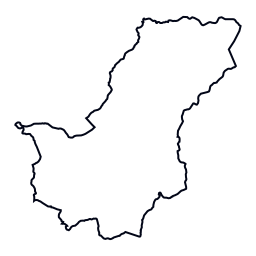 the district of Huitzilan de Serdán, Puebla, Mexico
{"feature_id": "50627088B1220406486190", "entity_name": "Huitzilan de Serdán", "entity_type": "district", "adm_level": 2, "iso_a3": "MEX", "parent_name": "Mexico", "parent_adm1": "Puebla", "projection": "albers", "projection_center": [-97.714, 19.944], "detail": "fine", "context": "isolated", "style": "outline", "palette": "ink", "viewbox_px": 256, "rotation_deg": 0, "n_neighbors": 0, "source": "geoboundaries", "source_scale": "gbopen_adm2", "svg_char_len": 5763}
<svg xmlns="http://www.w3.org/2000/svg" viewBox="0 0 256 256"><path d="M61.9,223.7L62.4,223.8L63.7,223.7L64.7,223.9L66.8,225.4L67.2,225.9L66.5,226.1L65.8,226.8L66.0,228.2L66.5,229.2L66.9,229.6L68.8,230.2L70.1,229.0L71.0,227.4L71.7,226.7L72.7,226.1L75.3,225.6L77.7,223.5L79.0,221.9L80.7,220.8L83.1,220.6L84.4,220.8L85.1,220.2L87.7,219.9L89.6,219.0L90.2,219.0L91.3,219.4L91.8,219.4L93.6,218.6L95.0,218.7L95.9,218.5L96.8,219.1L96.9,219.4L97.9,223.1L97.9,223.6L98.4,225.1L98.6,226.2L98.1,227.9L98.2,229.2L98.4,230.4L99.2,232.5L99.2,234.8L99.9,235.4L100.8,235.5L103.4,238.1L104.1,238.6L105.6,238.9L106.6,238.5L107.9,238.3L110.1,239.1L111.3,238.9L113.0,238.1L113.2,237.8L114.0,237.4L118.7,235.9L119.6,235.9L120.1,235.2L120.8,234.6L121.9,233.9L123.6,233.4L125.4,232.0L139.2,236.6L139.9,236.6L140.4,236.1L140.8,234.3L140.5,232.7L140.9,232.0L140.7,231.0L140.9,230.6L140.7,230.2L141.8,227.3L141.7,225.4L142.4,222.3L142.4,220.5L142.1,220.1L142.2,219.8L142.7,219.4L143.2,218.5L144.1,215.4L147.5,211.2L149.5,210.0L150.9,209.6L151.6,209.0L152.1,208.1L153.3,206.9L153.4,205.0L154.1,202.0L155.0,200.3L155.4,199.7L155.9,199.3L157.3,199.0L158.2,198.3L159.5,196.7L159.7,195.6L159.3,195.0L158.8,194.6L158.8,194.3L159.1,193.0L159.8,192.6L160.4,192.7L161.0,193.6L161.2,194.4L162.8,196.6L163.7,197.4L164.1,197.6L166.5,197.7L168.4,198.2L168.9,198.2L170.3,197.9L170.6,197.5L171.2,197.3L171.7,196.7L172.5,196.6L172.9,196.0L174.9,195.3L177.6,194.0L180.7,191.2L181.6,190.6L183.6,190.0L186.1,188.8L186.2,188.1L186.1,186.7L185.0,182.2L185.6,180.7L186.0,180.3L186.4,179.2L186.0,177.1L185.8,174.2L186.4,172.5L186.0,169.4L185.3,168.1L184.9,166.9L184.8,165.9L185.2,164.7L185.5,164.2L185.5,163.8L183.5,162.6L181.1,162.3L179.8,161.4L178.3,158.4L178.3,155.3L177.7,152.7L177.6,151.1L178.8,150.5L179.4,150.0L179.6,149.6L179.5,148.8L179.0,147.2L179.0,146.6L178.5,145.3L178.0,144.6L177.9,143.7L178.2,143.5L178.5,142.7L179.3,141.5L179.5,141.5L179.6,140.2L179.6,138.8L179.3,137.6L179.0,137.2L177.6,136.8L178.0,136.2L177.7,134.7L178.0,130.8L179.1,128.8L180.3,126.2L182.2,123.0L183.0,121.2L182.2,119.5L181.9,117.2L181.9,116.1L182.6,114.6L183.8,110.7L184.5,110.2L187.7,109.3L188.5,109.3L189.2,109.0L190.0,108.4L193.2,103.5L194.0,103.4L196.3,104.6L196.9,104.6L198.0,103.1L198.5,100.4L198.2,98.8L198.3,97.4L198.5,96.4L199.2,95.4L200.9,93.7L207.7,92.0L209.0,91.4L209.6,89.9L210.2,86.8L210.7,85.8L212.2,84.7L212.8,83.9L214.1,82.9L214.8,83.0L216.7,82.5L217.2,81.6L219.4,79.2L222.5,76.8L223.1,75.7L223.7,72.5L224.9,70.9L227.8,68.9L228.7,68.7L230.8,68.9L231.4,68.7L233.5,67.4L234.7,67.2L235.9,66.0L228.8,49.4L234.1,41.3L239.4,31.0L240.6,26.0L239.0,24.9L238.1,23.4L236.4,22.1L235.2,20.2L234.1,19.4L233.0,19.2L225.3,19.2L223.8,18.5L222.5,17.7L221.5,17.3L219.2,17.8L218.7,18.4L217.1,21.6L216.7,22.2L215.7,22.9L215.0,23.1L213.1,22.9L211.9,22.7L210.7,22.2L209.5,22.2L208.6,22.5L205.2,24.4L203.4,25.2L202.4,25.1L201.5,24.4L199.6,21.4L198.6,20.2L194.3,17.9L192.2,17.3L190.4,18.6L189.9,18.8L189.1,18.6L188.4,18.2L187.3,17.1L183.2,16.9L177.7,20.6L176.0,21.0L174.1,20.9L173.0,21.1L170.7,20.4L169.6,20.3L168.5,20.6L168.1,22.0L165.8,21.7L164.9,22.3L163.4,22.3L162.0,23.0L160.3,23.0L159.2,22.1L158.2,22.0L157.7,22.1L157.1,22.9L156.5,23.0L155.9,22.4L155.9,21.4L155.5,21.0L154.2,20.7L153.4,21.0L152.8,20.9L150.0,18.7L148.6,18.6L145.1,19.4L144.5,19.2L144.0,18.6L143.2,19.3L143.4,22.1L142.9,22.2L142.4,22.1L142.9,23.5L142.5,25.3L141.3,26.6L140.3,27.3L138.5,27.8L137.6,27.7L136.8,28.8L136.5,29.6L137.6,32.0L138.6,33.2L138.6,34.0L138.2,34.8L138.3,35.4L139.2,36.5L139.4,37.2L138.8,39.0L138.2,40.0L138.1,40.6L138.3,41.9L136.9,43.0L136.8,43.5L135.6,44.5L134.5,45.7L134.4,46.7L133.8,47.2L133.2,48.7L131.9,49.7L129.0,50.8L126.9,52.2L125.3,53.5L124.8,54.6L124.8,55.3L124.5,55.7L123.9,57.5L123.8,58.3L123.5,58.8L120.7,59.6L119.7,60.7L119.1,61.6L116.5,63.7L115.9,64.5L115.2,65.0L114.5,67.1L112.8,68.5L112.6,69.3L112.7,70.2L112.4,70.6L111.9,71.3L111.3,71.5L110.0,72.3L109.8,73.1L110.6,75.7L110.5,78.0L110.1,78.6L110.1,79.5L109.6,82.1L108.7,82.6L108.9,83.7L108.7,85.1L109.5,85.7L110.2,86.5L111.6,89.0L111.8,89.9L110.6,92.1L108.2,94.8L107.7,95.9L107.6,97.2L107.2,99.0L106.4,99.7L105.4,101.2L102.8,104.0L102.5,104.6L102.4,105.1L101.5,106.1L100.6,107.8L99.8,108.7L98.0,109.8L94.3,110.7L93.1,111.8L91.6,112.6L90.9,113.2L90.0,114.2L88.4,116.7L86.2,118.2L91.9,124.5L94.6,127.2L92.0,129.7L85.5,133.8L83.4,134.7L81.2,135.4L76.4,135.6L74.2,136.2L73.8,136.7L72.8,137.4L72.2,137.6L70.8,137.6L68.7,137.1L67.3,134.5L65.9,132.9L64.6,130.9L63.6,129.8L61.3,128.7L60.6,128.5L59.2,128.5L58.6,128.8L52.5,127.4L47.7,123.7L46.6,123.7L45.8,123.3L45.1,123.3L44.9,123.4L44.5,123.3L44.0,123.6L42.4,123.3L41.8,123.5L40.8,123.6L35.4,123.7L33.9,123.8L30.9,125.5L26.8,126.5L25.0,126.4L21.6,125.6L20.4,124.3L20.4,123.5L20.1,123.0L19.5,122.6L18.1,122.4L17.2,122.7L15.8,123.8L15.4,124.5L15.4,125.1L16.3,125.7L18.2,127.9L19.2,128.3L20.2,128.4L21.3,128.0L22.3,127.4L22.8,127.4L23.2,127.8L23.6,129.1L23.6,129.9L22.5,132.0L22.4,133.1L22.9,133.5L24.9,133.6L25.7,133.9L26.1,134.2L28.9,133.9L30.1,134.1L31.3,135.8L32.9,137.1L33.4,138.1L33.6,139.9L34.6,140.8L34.9,142.6L35.6,144.4L36.8,146.8L40.7,156.7L40.0,159.2L38.4,161.6L36.8,162.8L36.2,162.9L35.0,163.8L32.6,164.9L33.6,168.3L33.5,170.3L33.3,171.1L33.4,171.9L34.5,173.2L34.6,173.9L34.2,174.4L33.9,177.6L31.8,179.8L31.5,180.4L31.5,181.5L31.2,182.9L31.3,183.9L31.8,184.8L32.7,185.5L33.5,186.3L34.4,187.8L34.9,189.0L35.1,191.5L35.9,193.0L35.9,193.5L34.4,194.3L33.9,194.7L33.8,195.1L34.2,196.4L34.3,198.4L34.1,200.8L34.8,200.2L35.5,200.1L36.4,200.0L37.8,200.2L38.7,200.8L40.5,201.5L42.6,203.0L48.0,206.4L49.4,206.6L50.4,206.4L51.1,206.5L51.3,207.3L52.8,207.5L57.2,209.3L60.8,210.2L60.7,211.4L59.0,214.2L58.8,215.8L58.9,217.3L61.3,220.0L61.6,221.2L63.2,221.9L62.9,222.6L61.9,223.7Z" fill="none" stroke="#020617" stroke-width="2"/></svg>